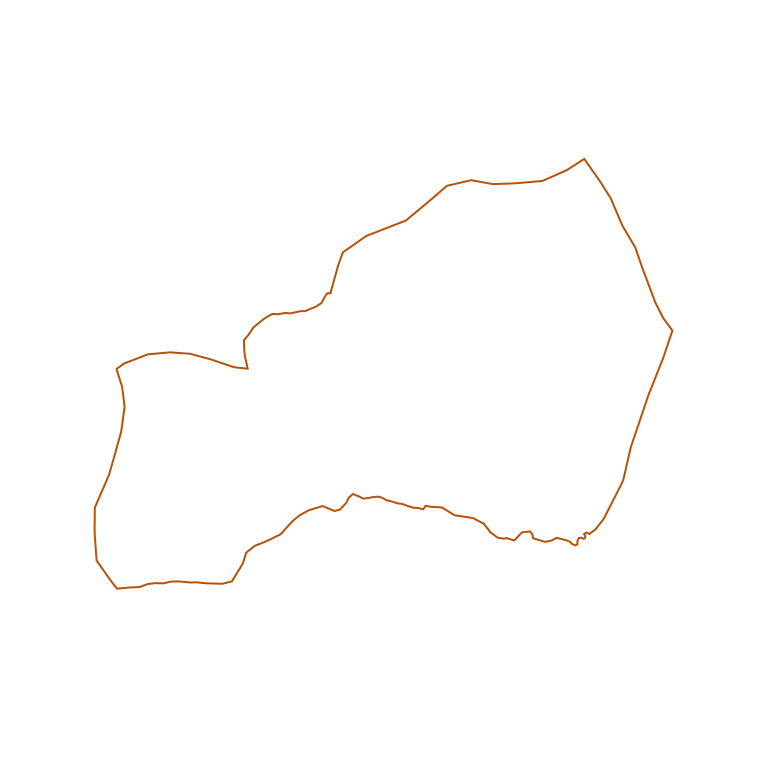 outline of Puncak Jaya, Papua, Indonesia, rotated 107°
{"feature_id": "22746128B50358350022934", "entity_name": "Puncak Jaya", "entity_type": "district", "adm_level": 2, "iso_a3": "IDN", "parent_name": "Indonesia", "parent_adm1": "Papua", "projection": "natural_earth1", "projection_center": [137.994, -3.489], "detail": "fine", "context": "isolated", "style": "outline", "palette": "amber", "viewbox_px": 768, "rotation_deg": 107, "n_neighbors": 0, "source": "geoboundaries", "source_scale": "gbopen_adm2", "svg_char_len": 2902}
<svg xmlns="http://www.w3.org/2000/svg" viewBox="0 0 768 768"><g transform="rotate(107 384 384)"><path d="M657.8,579.4L655.1,572.9L652.8,567.4L650.8,561.6L649.6,558.3L647.7,555.8L646.9,554.7L644.5,551.6L642.3,546.8L641.3,544.5L640.4,541.1L639.6,538.4L639.2,536.7L635.9,531.1L635.2,530.0L634.6,528.0L634.1,526.4L633.5,524.7L632.8,522.4L632.7,522.1L632.5,521.1L631.4,516.0L630.6,512.0L630.6,511.7L629.8,509.3L628.4,505.1L628.3,504.6L627.3,499.2L626.6,495.9L626.0,493.7L625.7,492.6L622.3,480.2L618.3,473.5L617.2,471.7L616.2,471.5L608.1,469.4L600.0,467.3L598.4,466.9L597.0,466.6L596.6,466.5L595.8,466.5L594.9,466.5L594.3,466.5L588.4,466.5L586.5,466.5L585.6,466.5L576.5,460.3L574.0,457.1L572.3,454.8L570.2,452.3L566.4,447.9L563.3,444.7L558.1,439.1L556.0,438.0L553.5,436.9L549.8,435.1L548.1,434.3L546.8,433.7L541.1,430.9L536.1,427.6L534.0,426.1L529.9,422.1L527.0,419.3L522.3,412.5L518.7,407.1L519.9,394.1L517.0,389.4L509.3,385.6L508.7,385.3L503.2,384.5L498.2,381.5L498.8,375.6L498.8,375.0L499.7,370.4L497.6,365.7L495.1,360.9L493.4,356.4L493.3,353.9L493.3,353.0L494.4,347.4L494.0,341.2L494.3,337.3L493.4,331.4L493.7,325.2L493.7,319.7L492.6,314.9L492.3,309.8L488.4,308.6L487.9,304.9L487.7,303.0L486.4,297.9L485.0,291.7L485.5,291.1L488.9,278.0L488.7,276.7L486.4,261.4L486.2,260.0L488.4,247.8L494.7,238.8L494.7,238.7L497.8,230.2L497.7,229.8L496.8,223.8L495.5,222.0L495.6,213.7L485.6,208.7L482.3,201.3L484.3,198.2L487.9,196.3L487.9,190.1L487.9,184.0L484.6,177.8L480.6,173.9L480.2,166.1L480.2,163.3L480.4,160.4L482.1,157.2L482.3,153.7L480.6,152.2L477.8,153.0L474.4,152.7L473.3,150.5L473.6,147.5L472.3,146.8L471.0,146.8L468.9,148.8L466.9,147.0L467.4,143.8L461.1,139.2L448.5,134.4L439.3,132.8L417.2,128.9L406.4,127.1L372.1,129.5L351.5,128.9L349.6,128.8L318.1,127.9L287.0,125.4L277.4,124.6L255.5,124.0L248.6,123.8L239.1,136.5L226.8,148.3L206.7,163.8L199.4,169.5L180.0,183.6L162.7,202.5L160.0,204.8L140.3,221.3L127.1,236.6L110.2,258.3L126.0,271.7L143.5,291.9L153.5,316.6L156.5,325.2L161.0,338.3L163.6,360.1L166.7,365.6L176.1,381.8L192.4,392.0L221.2,410.8L247.5,444.1L249.2,445.5L270.1,461.8L284.2,462.5L311.1,461.8L312.8,461.6L313.9,464.8L318.1,466.2L324.8,467.4L330.2,472.0L333.1,475.7L337.3,480.6L338.8,485.2L343.9,494.3L344.8,498.9L348.4,506.1L349.6,511.0L352.8,514.5L357.2,518.2L361.7,521.2L368.0,525.4L376.7,528.0L383.0,530.7L388.3,529.0L395.4,526.4L399.4,524.4L405.0,521.2L409.2,518.9L411.8,532.3L411.3,548.9L411.1,556.8L411.3,563.4L411.6,572.2L411.8,578.3L413.7,586.5L414.7,590.9L416.2,597.6L424.6,618.4L425.9,620.1L429.0,624.0L431.5,627.2L434.8,631.4L440.3,638.4L447.8,644.2L462.5,634.2L463.4,633.5L481.8,625.4L491.7,623.8L498.3,622.7L506.4,621.4L529.7,620.8L551.0,620.4L562.9,621.7L575.1,623.1L586.9,624.4L599.2,620.7L605.5,618.9L610.6,617.3L614.9,615.7L621.9,613.0L636.9,607.2L642.1,600.5L648.7,592.0L652.6,586.9L653.4,585.8L655.2,583.2L657.8,579.4Z" fill="none" stroke="#b45309" stroke-width="2"/></g></svg>